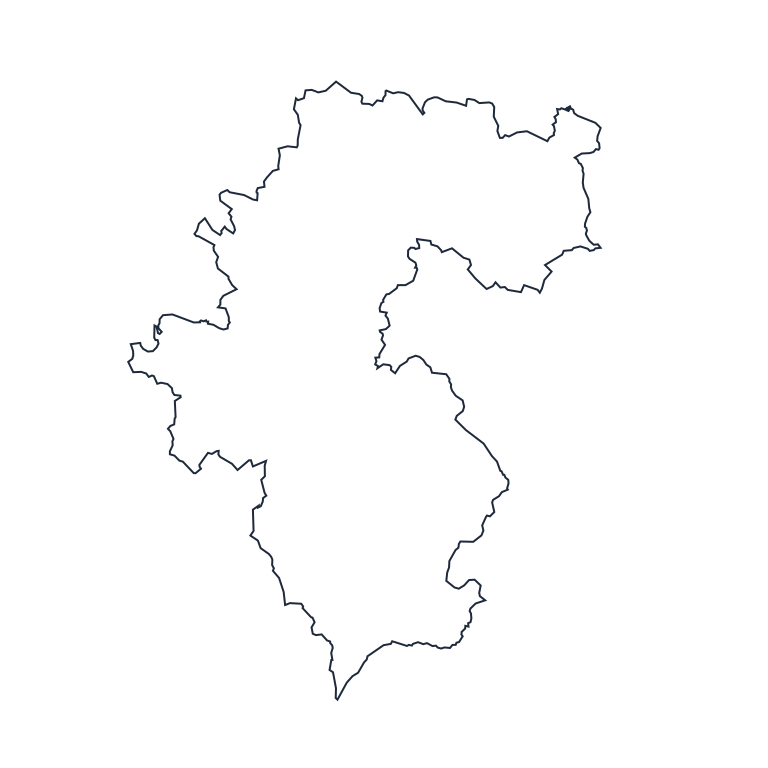 outline of Tullow Lea-6, Carlow, Ireland, rotated 352°
{"feature_id": "5873133B62819927990234", "entity_name": "Tullow Lea-6", "entity_type": "district", "adm_level": 2, "iso_a3": "IRL", "parent_name": "Ireland", "parent_adm1": "Carlow", "projection": "mercator", "projection_center": [-6.709, 52.768], "detail": "fine", "context": "isolated", "style": "outline", "palette": "slate", "viewbox_px": 768, "rotation_deg": 352, "n_neighbors": 0, "source": "geoboundaries", "source_scale": "gbopen_adm2", "svg_char_len": 6134}
<svg xmlns="http://www.w3.org/2000/svg" viewBox="0 0 768 768"><g transform="rotate(352 384 384)"><path d="M347.2,82.3L344.5,89.8L338.3,91.0L336.6,88.9L333.0,99.4L336.1,105.4L336.3,113.5L337.4,116.1L332.7,129.7L331.7,135.8L330.6,137.5L321.6,135.2L312.3,136.3L312.7,143.0L309.6,153.4L309.5,156.7L303.6,157.5L296.9,163.1L293.3,166.8L293.1,172.1L286.3,172.4L284.6,175.2L284.5,176.7L285.4,177.5L283.9,184.4L280.0,183.1L271.7,177.4L257.8,172.6L255.8,170.1L249.2,172.0L247.5,173.7L247.4,179.7L257.6,189.6L253.9,193.3L256.2,197.1L255.0,199.7L257.5,206.7L257.9,210.8L255.6,213.9L249.7,208.7L248.2,206.0L244.1,209.9L244.2,212.0L242.4,213.7L235.5,207.5L229.7,194.9L223.0,199.5L220.2,205.8L217.2,209.0L218.8,211.4L220.9,211.9L235.4,222.8L234.2,224.8L234.0,228.2L237.4,235.0L234.8,240.0L235.6,246.5L244.9,256.0L244.7,258.3L247.4,264.9L251.2,269.6L237.2,274.3L233.7,277.9L233.0,282.6L230.3,285.0L237.6,287.1L239.6,296.1L239.1,300.1L239.9,301.6L237.7,303.7L236.9,307.2L232.7,307.7L228.6,305.8L223.3,301.6L218.0,299.8L218.6,297.7L216.8,297.5L216.6,296.2L214.0,296.8L211.7,295.6L210.3,296.4L210.4,297.3L204.2,296.6L184.2,285.7L174.7,285.1L170.8,288.7L170.2,292.5L168.6,294.7L168.4,297.3L171.1,301.4L168.8,303.2L167.3,302.2L166.7,295.5L164.9,294.1L162.9,306.1L163.8,308.7L165.9,309.0L166.3,312.6L164.0,316.0L159.7,319.3L154.7,319.0L150.4,315.7L148.5,312.2L148.3,309.4L138.8,309.3L140.1,316.4L139.7,320.8L138.2,324.1L133.8,326.5L137.3,337.4L145.2,338.2L150.0,340.5L152.1,344.3L155.4,343.3L157.2,344.2L159.5,352.2L163.4,351.7L169.6,353.9L173.4,358.6L173.5,362.8L174.9,365.7L180.8,367.2L180.8,368.8L174.5,371.7L173.0,387.8L171.9,389.1L170.6,394.8L166.6,395.8L163.8,398.3L165.8,401.1L167.9,409.1L166.5,411.3L166.2,415.3L162.6,420.8L162.2,423.8L166.6,425.8L170.7,431.4L174.0,432.9L183.2,445.8L185.0,446.1L191.0,442.4L189.9,440.4L189.9,438.4L200.1,427.7L203.9,429.3L208.8,427.2L211.0,427.2L210.2,430.7L211.5,433.3L222.4,441.9L227.0,448.8L239.6,440.8L241.6,441.0L242.7,447.4L256.5,443.7L254.5,448.3L253.2,458.8L249.1,461.8L250.6,475.2L251.9,478.2L248.3,480.2L247.6,483.5L245.0,487.9L242.3,488.7L242.9,487.0L236.7,490.2L234.4,511.3L230.6,515.5L237.3,521.5L239.0,529.4L246.4,536.4L248.3,539.5L249.0,542.4L248.0,547.8L249.3,551.2L248.0,553.5L253.1,561.5L255.7,576.0L255.3,589.1L260.4,587.9L271.5,590.1L273.0,593.1L272.2,594.6L279.4,604.9L280.7,605.4L282.1,610.3L278.4,614.9L278.7,621.4L281.7,623.2L287.4,623.3L291.9,630.0L294.8,631.5L294.7,633.1L296.3,635.5L296.5,638.2L294.3,643.0L294.5,650.1L293.4,650.0L290.3,659.6L293.4,662.4L294.1,678.6L292.5,688.2L294.0,690.1L305.6,674.5L312.2,668.9L318.2,666.3L325.5,656.9L328.5,654.5L329.8,651.3L347.2,642.6L354.6,642.3L356.3,639.9L370.3,646.6L372.3,645.8L375.2,646.9L376.5,645.4L381.7,644.4L386.7,647.1L390.5,646.6L395.6,650.3L398.9,650.3L400.7,652.6L403.8,653.9L407.2,653.3L412.6,654.6L415.5,651.9L418.7,652.3L419.7,650.3L422.4,650.0L426.8,644.8L425.8,642.9L426.4,640.3L430.3,637.5L430.9,634.8L433.9,636.0L434.0,632.6L436.5,631.9L437.9,628.3L438.2,623.3L437.2,620.8L438.3,618.4L444.2,614.1L454.1,612.3L449.4,607.4L449.2,604.1L451.7,597.0L446.5,590.4L440.9,590.0L435.5,594.5L429.6,597.1L425.5,595.3L418.3,587.6L420.4,579.4L422.9,574.7L424.1,568.4L431.8,558.3L434.9,556.5L435.9,552.8L437.7,550.6L450.4,552.7L459.4,547.5L462.0,543.1L461.6,537.6L466.4,530.0L467.7,528.6L470.5,529.8L475.4,526.1L474.6,516.3L475.9,513.9L482.3,511.1L485.6,507.5L491.9,505.8L491.4,504.5L493.5,499.7L493.7,496.2L491.2,493.5L490.5,490.7L489.3,490.5L488.3,486.8L487.1,486.2L485.1,476.5L480.9,470.5L474.4,456.9L458.7,441.0L449.7,429.2L451.6,425.7L458.3,421.7L460.2,417.7L459.6,411.2L453.4,405.6L450.4,399.9L449.8,396.4L450.4,393.7L449.0,390.5L449.5,388.0L447.0,383.0L433.1,379.5L432.2,373.9L428.7,370.7L426.3,365.7L423.1,362.2L419.3,360.4L411.9,362.1L409.6,365.0L402.3,368.3L396.5,374.9L392.8,371.0L393.6,368.1L392.2,366.1L386.0,364.4L379.7,367.5L380.6,365.4L378.0,363.4L379.7,360.3L379.1,356.7L383.0,357.0L383.7,353.7L390.5,345.4L387.7,339.7L389.8,335.7L389.6,333.9L387.3,331.8L387.2,330.3L393.5,329.9L397.7,327.0L396.9,319.7L395.0,316.5L396.6,313.7L390.2,311.7L390.2,308.3L392.7,303.5L394.9,302.5L394.8,300.6L398.8,295.6L401.6,295.5L410.0,290.9L411.5,288.0L419.0,289.1L427.3,285.8L432.9,275.2L432.5,273.3L431.0,273.1L432.5,271.0L432.0,268.2L426.7,263.6L425.5,261.0L426.5,255.0L429.5,252.7L433.0,253.4L433.9,254.7L437.8,254.3L438.1,251.1L436.7,247.7L436.8,245.1L449.9,248.8L450.3,252.5L456.1,255.1L459.2,259.5L459.6,261.5L470.2,259.1L480.3,270.0L485.9,272.7L486.7,278.3L482.9,282.2L489.1,292.1L498.8,304.2L505.4,302.2L508.6,298.8L512.7,304.7L517.2,304.8L519.6,308.0L532.4,312.1L536.5,305.6L549.2,312.1L551.0,315.3L553.7,311.5L557.3,303.3L565.6,296.0L560.0,288.6L578.4,280.7L580.5,277.1L588.6,277.6L590.7,275.7L597.7,275.1L604.7,278.5L606.2,280.8L610.3,280.6L612.2,279.1L617.4,279.3L615.3,275.5L611.1,275.3L609.1,273.0L607.2,270.6L605.0,264.9L604.8,263.2L606.3,260.3L606.0,257.6L604.8,256.3L605.4,253.2L608.7,246.7L612.3,242.6L611.7,238.7L612.1,229.1L608.9,217.5L608.9,212.2L610.9,203.6L610.3,200.2L611.0,197.9L609.5,193.4L607.8,192.5L606.7,188.6L604.4,186.4L611.9,183.3L619.9,184.0L623.7,183.4L626.6,180.9L629.1,181.9L630.3,180.5L630.5,175.5L628.9,172.9L630.0,168.4L634.2,160.6L629.7,154.8L613.1,145.3L610.0,142.2L609.5,138.7L607.5,137.3L606.8,134.9L604.7,135.8L605.9,137.9L604.7,139.3L603.2,138.5L604.0,137.4L603.4,136.2L601.5,137.4L598.0,135.6L596.4,136.6L593.7,135.8L594.0,141.0L589.9,143.3L590.9,145.7L590.7,148.7L587.1,150.6L588.2,152.4L588.4,157.0L587.0,159.2L587.0,161.1L582.1,163.0L579.6,166.3L560.7,153.6L550.8,153.4L542.2,156.3L538.6,154.4L535.7,156.8L533.0,156.4L531.5,149.2L533.1,144.3L529.9,134.6L531.7,125.0L530.2,121.4L527.4,119.8L517.5,119.1L513.1,115.3L507.3,113.4L505.8,113.7L504.0,119.9L495.1,115.4L484.4,112.6L476.8,107.6L473.4,107.1L466.9,108.5L463.8,110.7L460.5,116.5L460.4,118.6L461.7,121.1L459.9,122.4L448.9,101.8L444.4,98.6L438.7,97.0L433.5,97.4L427.1,93.7L426.3,94.2L425.7,98.1L423.3,100.4L421.8,103.8L416.7,102.2L411.4,106.6L408.3,104.6L401.6,103.4L400.9,101.4L402.5,97.5L402.2,95.7L399.8,93.4L391.9,91.0L378.6,77.9L367.1,85.5L359.6,86.1L353.4,82.7L347.2,82.3Z" fill="none" stroke="#1e293b" stroke-width="2"/></g></svg>